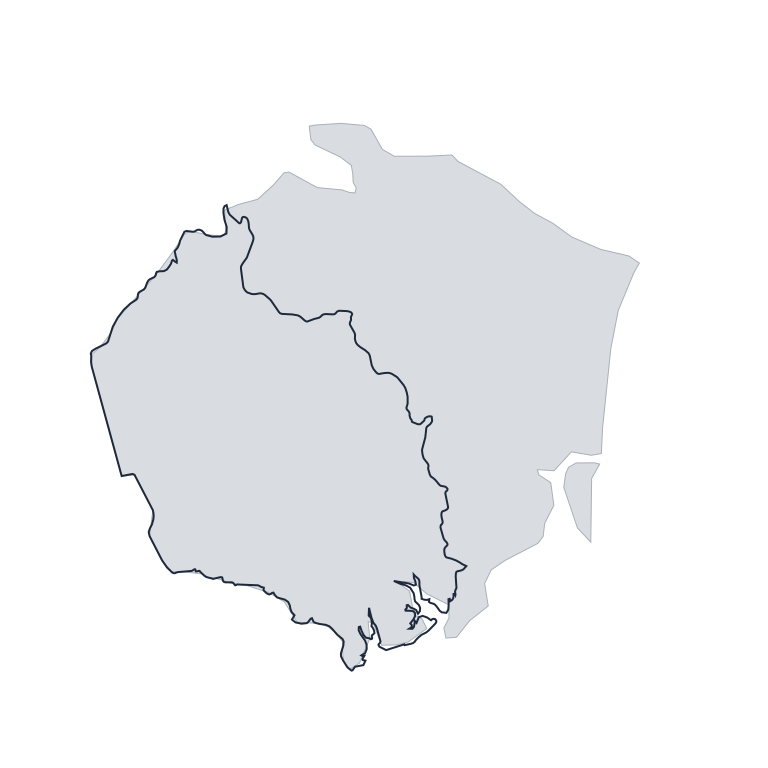 Sierra Leone, with Northern highlighted, rotated 255°
{"feature_id": "SLE-762", "entity_name": "Northern", "entity_type": "Province", "adm_level": 1, "iso_a3": "SLE", "parent_name": "Sierra Leone", "parent_adm1": "", "projection": "mercator", "projection_center": [-12.175, 9.121], "detail": "fine", "context": "in_parent", "style": "outline", "palette": "slate", "viewbox_px": 768, "rotation_deg": 255, "n_neighbors": 0, "source": "natural_earth", "source_scale": "10m", "svg_char_len": 7741}
<svg xmlns="http://www.w3.org/2000/svg" viewBox="0 0 768 768"><g transform="rotate(255 384 384)"><path d="M652.4,378.5L652.0,384.1L646.9,409.9L638.8,432.0L633.5,437.4L610.9,443.2L601.3,452.9L593.0,484.3L587.6,508.9L579.8,513.1L546.6,548.6L524.9,562.1L509.7,573.7L495.4,588.8L477.3,603.5L457.9,628.2L444.1,653.9L434.6,661.9L427.5,654.7L394.4,629.3L359.6,612.3L285.4,583.9L260.6,575.9L261.5,565.8L270.0,547.4L256.2,525.8L261.6,510.0L256.2,510.0L245.6,519.5L222.9,516.7L207.9,503.2L195.6,498.3L190.3,491.5L182.4,455.8L176.8,439.6L165.4,429.6L142.6,427.2L133.2,405.4L120.6,388.5L122.6,378.1L132.9,378.7L141.0,386.2L154.0,389.4L170.1,371.1L184.6,361.2L188.0,352.5L186.2,347.7L177.4,355.1L153.4,353.2L147.5,359.9L136.8,362.0L128.5,340.6L128.9,328.0L132.3,314.1L156.5,311.7L158.5,307.2L141.8,304.3L120.8,288.1L117.1,277.0L127.5,273.2L137.4,274.9L146.0,277.3L155.4,273.3L164.1,267.2L169.4,259.4L176.5,238.4L199.2,231.4L212.6,218.5L225.3,198.6L231.1,184.5L236.3,177.6L239.6,171.5L242.1,164.8L247.8,158.7L253.7,143.9L257.8,130.4L270.9,123.9L297.6,118.1L321.7,128.0L360.8,119.4L362.8,106.7L398.6,106.5L441.0,106.3L476.2,106.1L488.3,109.5L492.7,118.9L504.3,133.8L516.5,144.0L531.5,166.6L549.0,192.7L567.9,216.4L580.0,229.2L581.4,233.7L580.5,238.8L574.5,250.8L569.4,263.8L569.9,268.7L573.5,271.1L593.2,275.2L595.1,289.7L595.1,309.7L604.7,328.4L613.8,342.1L613.3,347.0L591.0,370.4L582.3,393.7L577.9,400.3L576.1,405.5L580.6,407.9L586.7,406.4L595.4,408.3L603.6,409.0L614.5,400.6L632.7,379.3L638.8,376.6L652.4,378.5ZM253.4,566.9L250.8,571.6L239.0,560.1L177.7,542.8L195.0,533.6L237.6,530.9L250.2,536.2L255.8,540.7L258.0,549.2L253.4,566.9Z" fill="#d9dde1" stroke="#a8b0b8" stroke-width="1"/><path d="M476.4,106.2L480.9,106.7L487.0,108.5L489.4,108.7L491.4,110.4L492.7,114.4L495.1,126.3L496.4,128.4L509.6,136.9L516.9,143.9L523.1,151.9L527.4,160.0L529.4,166.2L530.5,167.9L531.5,168.5L534.4,169.6L535.6,170.5L536.3,171.9L537.5,176.7L538.9,178.4L543.4,181.6L545.1,183.4L545.8,184.9L546.7,189.8L548.0,191.5L549.8,192.4L551.1,193.5L551.0,196.1L550.0,200.6L550.7,203.8L552.7,206.5L555.3,209.4L558.1,211.2L558.5,212.3L556.6,213.6L554.9,215.2L557.1,215.9L560.2,216.0L561.4,215.8L563.1,216.1L565.0,216.0L566.7,216.4L568.8,219.6L570.9,221.5L573.3,223.1L575.1,224.0L582.7,230.6L582.9,232.9L580.4,239.1L580.4,240.7L581.2,243.7L580.9,245.4L579.5,247.5L577.6,248.7L575.6,249.6L573.9,250.8L570.7,256.4L568.8,264.2L570.1,270.7L576.4,272.7L583.8,272.4L590.9,273.2L595.0,274.4L597.1,276.1L597.5,278.3L590.6,278.1L587.5,278.8L576.7,285.8L576.5,286.5L577.2,287.7L581.2,289.9L581.7,290.7L581.8,291.7L580.7,293.6L579.6,294.4L578.4,294.8L576.1,295.0L573.9,294.8L569.8,294.0L568.8,294.0L567.6,294.1L562.4,295.6L560.3,295.9L558.9,295.7L557.8,295.4L555.5,294.1L541.8,284.4L540.6,283.1L537.3,279.0L534.8,276.5L533.6,276.0L532.0,275.6L513.8,273.2L511.2,273.8L509.5,274.5L507.7,275.8L505.2,279.5L504.5,281.3L504.1,283.3L503.7,287.7L503.0,289.5L502.0,290.9L500.7,292.1L495.5,295.6L493.8,296.5L480.8,301.1L479.3,301.9L478.2,303.4L474.9,313.5L472.6,318.5L471.5,319.8L470.0,321.1L465.9,323.8L464.5,325.2L464.2,326.0L464.9,333.7L464.8,338.2L465.3,339.9L466.7,342.4L466.9,344.4L466.5,346.4L464.7,351.9L464.3,353.8L464.4,354.7L464.8,355.6L465.8,357.0L466.2,357.8L466.4,359.5L464.0,367.1L463.0,369.1L462.0,370.5L461.0,371.1L460.0,371.4L459.2,371.0L457.3,369.4L454.6,368.8L453.9,368.4L452.5,367.2L450.9,366.5L449.9,366.5L441.0,368.8L439.0,368.8L435.3,367.6L432.7,367.5L430.6,367.8L428.5,368.7L425.6,370.8L421.7,374.4L417.7,377.1L415.1,377.6L405.0,377.0L400.9,377.8L397.0,379.6L396.0,380.3L395.4,381.0L395.0,381.8L394.5,387.3L393.6,391.3L392.9,392.7L391.7,394.3L387.5,398.2L386.3,398.9L378.0,402.6L374.8,403.5L370.0,403.8L365.5,403.5L358.8,401.7L355.6,399.7L354.4,399.4L353.1,399.7L351.3,400.7L350.0,401.0L349.0,401.1L346.7,400.5L343.9,400.6L342.2,401.3L340.1,401.3L336.5,406.1L335.9,407.8L335.9,408.7L336.2,409.5L337.9,412.8L338.4,413.5L339.9,414.3L340.4,415.0L341.0,416.8L341.2,418.6L340.8,420.6L340.1,421.6L336.6,421.1L335.7,420.8L335.0,420.3L333.3,418.3L331.8,414.8L331.3,414.1L330.6,413.5L321.8,410.1L311.0,403.9L309.7,403.5L306.1,403.0L303.5,403.0L302.0,403.1L300.8,403.5L295.7,405.7L294.2,405.9L293.1,405.7L291.5,404.9L290.1,404.7L285.0,404.8L283.3,405.1L282.1,405.6L280.8,406.9L278.1,408.7L271.9,411.6L270.8,412.8L269.1,416.4L268.2,417.3L266.5,418.2L265.5,418.0L264.8,417.4L264.0,415.8L262.5,414.9L248.9,414.1L247.7,413.8L246.6,412.4L246.1,410.5L245.8,407.4L245.2,406.7L244.5,406.2L242.8,405.5L239.7,405.1L236.4,405.1L234.8,404.7L233.9,404.0L233.0,402.4L231.4,401.6L230.3,401.4L219.7,401.6L218.1,401.9L214.4,403.7L213.2,403.9L212.2,403.7L211.6,403.0L210.7,401.4L209.6,400.0L208.5,399.4L206.8,398.9L203.5,398.5L201.8,398.7L200.7,399.2L200.1,399.8L197.9,403.8L194.8,408.1L191.8,411.2L189.8,412.9L186.8,416.4L184.4,412.7L183.9,410.2L184.1,406.9L184.0,405.9L183.6,405.1L181.9,404.2L179.3,403.4L168.2,401.2L167.0,400.1L165.1,398.9L162.2,398.6L161.6,398.3L163.2,398.0L163.2,396.8L161.0,396.3L159.1,395.4L157.8,394.0L157.1,391.9L159.5,391.9L159.5,390.6L154.3,389.4L149.4,387.7L146.8,385.0L148.5,380.7L150.6,379.1L155.9,377.1L158.2,375.8L159.5,374.0L160.6,372.1L162.0,371.0L164.4,372.1L164.3,370.0L164.8,368.1L165.7,366.3L166.8,364.7L168.5,365.2L180.3,366.1L183.7,367.0L185.6,367.2L187.1,366.7L190.7,364.2L192.3,363.4L189.0,362.7L185.3,363.2L181.9,362.9L181.5,360.8L181.4,360.9L184.8,356.6L191.2,342.5L186.8,348.0L183.9,352.9L180.4,356.6L174.1,358.5L170.9,358.3L168.3,357.8L165.9,357.8L161.3,360.6L158.1,360.9L155.2,359.8L153.3,357.4L157.3,356.6L159.4,354.4L161.2,351.8L164.4,349.9L164.4,348.7L161.8,348.1L161.2,347.4L160.6,346.2L159.5,346.2L157.8,351.7L156.6,353.9L154.5,354.8L151.7,353.9L149.2,351.7L145.9,347.4L144.1,348.4L142.7,348.2L141.7,347.0L141.1,345.1L140.2,348.1L141.7,350.1L144.4,351.4L147.3,352.4L144.8,353.6L149.7,357.2L150.0,361.3L147.4,365.1L143.6,368.3L144.4,369.8L144.3,371.4L143.5,372.7L141.7,373.2L140.2,372.7L139.1,371.3L134.4,363.4L133.1,360.6L132.0,355.3L130.5,352.0L128.7,348.9L127.0,346.8L126.2,344.9L126.1,341.9L126.4,336.4L127.3,336.3L126.4,317.2L131.4,311.6L133.4,311.1L134.2,311.7L134.8,312.9L136.2,314.0L149.9,313.9L152.7,313.5L156.3,311.9L161.5,311.4L171.7,311.6L164.3,309.3L163.2,309.8L161.8,310.8L158.8,310.8L155.5,310.2L153.3,309.2L151.4,310.1L148.5,310.6L145.9,310.3L144.8,308.5L144.3,307.2L143.0,306.8L141.7,306.9L141.1,306.6L140.9,305.2L141.4,304.7L142.0,304.4L143.7,300.8L147.3,299.2L151.7,298.4L155.8,298.2L155.8,296.8L152.7,295.8L148.6,296.5L141.1,299.3L136.9,299.7L132.5,298.7L129.0,296.2L127.7,291.9L127.0,292.7L126.6,292.8L126.4,293.1L126.4,294.5L123.8,291.9L122.8,292.1L121.6,294.5L117.8,291.3L118.4,282.8L115.6,279.5L115.6,278.4L119.8,275.3L127.6,272.9L132.2,272.0L135.0,272.7L141.8,277.0L145.8,278.4L148.5,277.9L153.9,274.0L160.8,270.6L164.0,268.6L166.4,265.5L168.8,259.9L170.2,257.3L171.9,254.8L172.9,254.3L176.4,253.8L176.2,252.3L173.8,249.3L173.0,247.5L173.8,242.3L176.6,236.8L180.3,234.1L183.8,237.7L187.7,235.7L191.2,235.4L194.6,235.7L198.3,235.0L201.3,232.5L205.5,225.5L208.6,223.9L211.1,223.2L211.2,221.8L210.5,220.2L210.4,218.7L211.9,216.8L212.9,216.0L215.9,214.3L216.6,214.4L217.5,215.0L218.4,215.2L219.6,213.0L221.4,211.2L222.2,210.1L228.3,190.5L228.3,189.6L228.0,188.8L228.1,188.1L230.4,187.1L231.0,186.8L231.4,186.3L231.9,185.5L233.4,179.6L234.3,178.1L235.9,177.4L237.6,177.7L239.1,177.6L239.8,176.0L240.0,168.3L240.5,167.8L243.4,162.6L245.1,161.0L250.6,157.6L251.2,157.5L251.4,156.8L251.4,154.6L251.7,153.7L253.5,153.8L254.1,153.4L254.0,152.5L253.2,150.0L255.6,136.6L255.6,134.7L255.4,133.4L255.5,132.3L256.6,130.7L263.0,126.9L271.1,124.0L297.8,118.2L301.9,118.4L305.1,120.5L308.3,123.4L312.6,126.0L315.9,127.3L318.9,127.9L321.9,128.1L360.9,119.5L362.2,117.8L363.0,106.8L476.4,106.2Z" fill="none" stroke="#1e293b" stroke-width="2"/></g></svg>